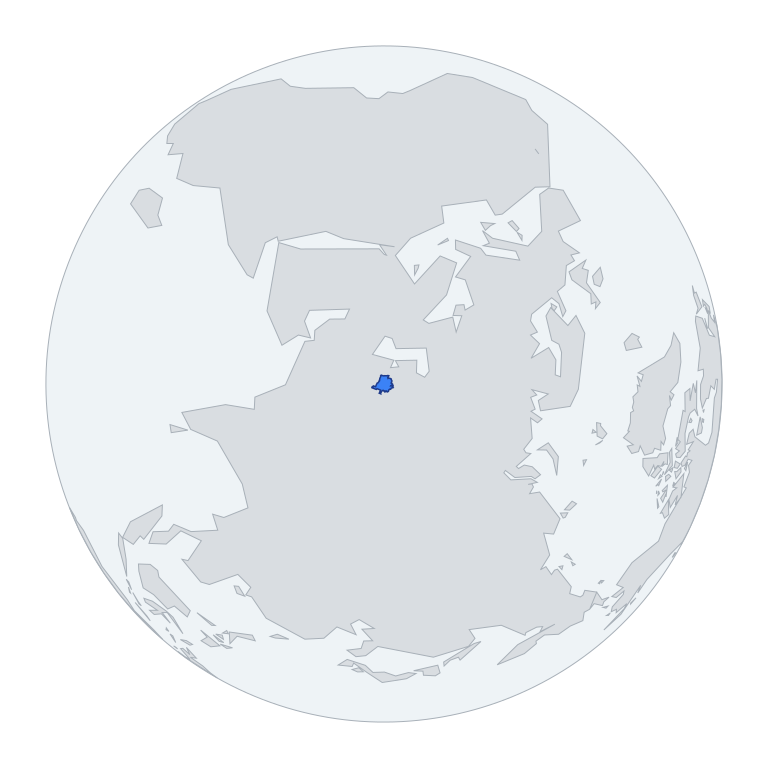 Tashauz highlighted on a globe, orthographic projection, rotated 114°
{"feature_id": "TKM-353", "entity_name": "Tashauz", "entity_type": "Province", "adm_level": 1, "iso_a3": "TKM", "parent_name": "Turkmenistan", "parent_adm1": "", "projection": "orthographic", "projection_center": [58.681, 41.132], "detail": "fine", "context": "on_globe", "style": "filled", "palette": "blue", "viewbox_px": 768, "rotation_deg": 114, "n_neighbors": 0, "source": "natural_earth", "source_scale": "10m", "svg_char_len": 13339}
<svg xmlns="http://www.w3.org/2000/svg" viewBox="0 0 768 768"><g transform="rotate(114 384 384)"><circle cx="384" cy="384" r="338" fill="#eef3f6" stroke="#a8b0b8"/><path d="M389.8,46.1L400.2,46.6L406.7,47.1L423.4,53.4L455.6,64.3L471.7,67.2L463.5,67.6L498.0,73.9L519.3,83.1L491.5,73.2L485.9,72.9L498.5,78.9L495.3,80.0L499.6,83.8L494.8,84.8L478.9,79.8L475.5,80.6L484.6,85.0L485.5,89.4L472.6,82.7L472.8,89.9L446.4,84.8L415.9,69.3L397.4,70.4L356.0,65.6L356.0,68.2L340.3,69.1L334.5,72.7L328.5,71.6L329.0,75.6L335.6,76.0L338.1,78.1L335.3,80.5L327.1,79.2L327.3,77.8L323.4,78.7L320.6,77.2L320.4,79.3L310.8,77.9L316.0,83.0L304.8,85.1L299.6,83.2L305.8,78.5L309.2,65.4L305.9,63.5L294.9,64.7L262.4,76.5L256.3,77.0L244.0,81.2L244.6,82.6L254.5,80.1L252.7,84.7L265.1,81.8L266.1,83.6L276.5,83.4L268.8,88.9L255.6,94.6L246.6,95.4L240.6,98.3L244.2,102.5L222.6,109.7L200.0,125.0L195.1,126.8L194.5,120.0L207.1,106.6L206.3,101.1L200.5,110.6L188.3,116.1L183.7,119.8L180.7,123.4L182.9,123.9L177.4,127.4L181.0,118.5L186.1,115.1L184.9,117.7L190.7,111.8L193.1,107.3L186.8,111.1L197.1,102.5L192.7,105.5L198.3,101.7L198.8,101.4L198.3,101.7L219.9,88.6L242.5,77.1L265.9,67.4L289.9,59.5L314.4,53.3L339.4,49.0L364.5,46.6L389.8,46.1ZM400.0,46.5L400.8,46.5L410.2,47.3L400.7,46.6L394.0,46.2L400.0,46.5ZM425.2,50.2L419.9,49.7L419.5,48.7L422.6,49.2L425.2,50.2ZM483.9,69.6L476.8,66.8L484.8,69.2L483.9,69.6ZM501.1,84.2L504.1,84.8L505.0,86.6L501.1,84.2ZM280.1,80.5L278.3,81.9L277.3,81.1L280.1,80.5ZM286.2,79.2L286.3,77.4L289.2,76.6L289.1,77.7L286.2,79.2ZM498.5,90.0L499.0,93.1L495.7,89.0L498.5,90.0ZM285.4,81.8L294.4,75.4L299.6,74.1L303.5,77.5L285.4,81.8ZM497.6,94.3L499.2,102.7L506.1,104.5L487.6,105.0L492.4,97.2L487.2,91.7L493.5,94.6L497.6,94.3ZM339.0,75.2L331.8,74.8L340.4,73.0L339.0,75.2ZM343.9,73.6L366.8,66.6L376.0,68.9L366.4,70.5L380.4,72.3L373.6,76.7L364.4,76.8L359.8,74.3L360.7,78.0L343.9,73.6ZM477.2,104.3L475.2,105.9L474.2,103.3L477.2,104.3ZM339.7,78.8L343.5,76.9L351.8,78.7L345.7,82.8L345.0,80.9L339.7,78.8ZM387.4,70.8L392.5,73.2L388.3,77.3L389.7,78.9L374.3,77.1L387.4,70.8ZM341.7,81.7L342.3,84.9L335.9,86.4L336.6,80.8L341.7,81.7ZM356.5,77.6L360.1,78.7L356.1,79.3L356.5,77.6ZM313.4,94.5L317.7,91.7L322.4,92.3L313.4,94.5ZM343.0,86.1L345.2,85.6L347.6,85.6L346.7,88.1L343.0,86.1ZM372.5,80.4L369.7,81.8L378.6,81.3L375.9,84.8L366.0,83.1L369.1,85.4L368.3,86.5L361.2,83.9L372.5,80.4ZM352.8,90.9L339.3,90.7L330.2,95.5L325.8,94.9L341.3,87.4L352.8,90.9ZM358.3,87.0L353.9,89.2L350.7,87.2L351.7,84.4L358.3,87.0ZM377.5,88.0L384.3,83.0L386.2,83.6L377.5,88.0ZM350.7,92.6L354.0,92.7L350.5,93.2L350.7,92.6ZM370.0,89.7L372.1,87.8L374.3,88.5L370.0,89.7ZM358.8,94.7L354.5,94.5L355.1,92.4L358.8,94.7ZM364.5,92.7L366.9,94.2L357.9,91.8L365.1,91.7L364.5,92.7ZM371.7,90.7L373.6,90.5L370.5,91.5L371.7,90.7ZM359.2,102.9L347.7,100.4L349.0,95.7L359.9,98.7L359.2,102.9ZM68.0,427.7L66.5,370.2L74.0,360.2L80.2,340.2L136.3,312.6L142.7,325.9L180.7,345.1L184.5,351.1L174.2,365.3L198.0,403.7L212.6,394.8L240.0,419.0L262.0,425.9L280.2,396.8L244.2,384.8L243.8,366.9L277.2,363.1L309.5,374.2L310.4,367.7L294.9,348.4L307.2,339.2L290.0,340.7L293.3,348.8L282.7,350.3L279.0,343.2L283.5,340.0L275.2,334.1L255.8,352.1L257.1,362.2L232.2,356.7L231.9,373.3L223.4,377.3L220.7,350.9L224.8,343.3L215.7,310.4L209.1,317.6L217.3,349.6L212.5,345.0L203.8,356.4L206.7,344.1L199.5,308.6L180.4,302.0L147.4,318.9L138.0,313.3L134.1,299.1L154.8,271.0L173.4,286.9L181.0,278.3L184.7,258.8L190.1,265.7L193.9,260.1L201.6,265.6L219.9,259.0L228.9,263.3L243.1,247.6L249.7,248.1L239.4,256.9L237.0,265.9L260.2,277.5L266.8,275.8L274.2,265.0L279.7,270.1L283.9,258.3L300.7,260.1L283.7,248.4L292.0,236.8L306.0,231.3L305.6,225.7L282.8,234.7L276.5,240.4L275.9,248.5L256.0,263.7L246.4,262.8L255.8,239.8L243.3,236.5L256.0,221.2L309.8,204.3L328.7,204.8L344.8,230.1L336.3,236.3L326.3,229.9L329.0,246.6L331.9,240.0L336.5,244.6L345.5,235.7L349.1,238.6L351.6,225.4L357.0,228.0L355.4,236.3L373.5,226.5L386.8,229.8L389.1,226.3L387.8,221.6L405.5,229.6L406.5,226.7L401.0,222.9L399.3,214.9L403.2,204.1L409.2,207.5L408.5,211.8L416.2,226.4L413.6,238.0L416.4,238.4L420.0,229.1L410.8,211.2L411.5,203.9L417.1,211.5L415.1,208.2L417.3,205.6L425.0,206.4L419.4,197.9L435.5,168.4L452.1,168.0L455.3,177.5L472.8,163.1L490.1,165.5L485.0,161.8L490.0,153.5L484.7,152.5L482.6,150.2L493.0,130.5L500.0,129.1L498.7,118.1L496.1,116.4L490.8,116.6L487.6,105.0L506.1,104.5L511.1,108.3L519.3,106.1L529.4,115.4L541.6,122.7L548.0,135.3L557.1,140.6L559.2,139.2L573.2,146.1L594.5,166.4L567.7,155.8L533.9,130.2L546.9,140.7L541.1,140.4L544.0,145.6L553.4,153.3L556.2,152.9L556.7,178.7L573.7,206.3L579.4,197.4L589.3,200.1L613.5,227.8L626.3,282.9L639.6,290.2L644.5,298.7L642.2,309.5L634.9,297.3L627.0,298.0L623.2,289.9L617.0,304.4L611.3,293.5L609.3,310.9L616.9,316.9L624.4,307.5L625.1,328.2L640.7,335.5L649.3,352.5L645.9,396.4L632.3,418.3L632.9,424.5L623.9,423.0L617.4,440.1L638.2,462.0L639.4,470.9L626.3,497.3L625.0,491.2L601.5,487.1L600.8,509.9L618.8,517.9L625.2,533.9L612.9,534.9L606.1,521.0L597.7,519.0L597.3,500.2L585.2,476.4L572.6,487.6L571.1,476.0L552.5,457.9L533.0,472.8L503.9,513.0L504.1,542.1L492.2,557.1L467.3,520.4L459.9,492.2L448.5,496.6L424.8,473.7L377.2,473.6L372.5,465.5L363.1,469.0L346.8,460.0L340.5,446.2L329.6,446.0L347.0,482.0L358.9,482.2L371.8,469.8L374.1,482.1L390.1,493.0L364.8,520.6L297.6,537.6L294.6,515.1L262.5,443.4L265.5,436.6L265.5,435.7L265.3,434.1L258.6,444.7L254.3,430.2L267.6,480.0L268.2,499.2L296.6,538.7L293.0,541.5L303.2,549.9L340.5,546.5L339.9,553.5L320.0,582.9L271.7,613.6L280.3,639.0L280.5,657.0L255.2,661.4L262.4,674.5L250.0,674.3L252.6,680.2L245.4,682.6L231.7,680.9L203.1,667.1L197.4,661.6L177.0,643.5L147.1,602.1L150.1,590.7L145.9,576.1L125.6,532.1L129.8,516.3L125.4,504.7L115.6,499.2L111.0,485.0L105.6,479.8L74.6,452.5L68.0,427.7ZM110.8,336.2L107.8,341.6L110.8,336.2ZM339.9,402.5L361.7,406.6L358.3,384.7L366.4,384.7L362.3,377.5L358.0,383.1L348.9,363.7L360.6,358.9L361.3,349.6L354.0,347.9L334.0,360.0L346.8,387.4L339.1,395.1L339.9,402.5ZM188.1,116.6L187.7,117.4L183.8,121.4L183.9,120.2L188.1,116.6ZM177.2,137.1L168.6,142.4L174.7,137.4L173.1,136.2L184.2,125.0L193.2,127.1L187.1,127.9L177.2,137.1ZM201.4,111.6L193.4,117.8L201.8,110.9L201.4,111.6ZM207.2,226.3L207.4,232.5L200.8,237.3L189.4,233.9L198.8,226.7L207.2,226.3ZM209.2,240.2L221.6,219.6L229.2,221.5L222.8,223.8L226.6,227.2L217.4,231.8L212.4,254.7L206.3,260.6L188.7,250.0L197.8,249.9L197.1,243.6L209.2,240.2ZM240.0,170.4L245.5,163.4L254.8,176.3L248.6,181.5L236.9,178.0L237.3,169.8L240.0,170.4ZM290.6,89.8L292.1,87.7L294.4,87.8L295.0,89.8L290.6,89.8ZM315.0,93.1L286.4,100.1L286.7,97.7L269.6,105.6L263.7,102.7L274.9,97.5L257.6,101.7L265.4,95.9L253.5,99.7L279.2,88.5L285.5,84.1L280.7,89.9L286.0,92.5L290.2,92.4L306.7,88.9L322.9,81.5L330.7,83.6L332.0,87.0L329.3,89.1L325.0,86.9L324.5,91.3L316.3,89.8L315.0,93.1ZM341.9,136.6L338.1,131.5L335.7,143.4L327.5,140.6L327.7,142.2L319.4,143.1L309.8,147.1L307.0,145.0L304.4,147.6L298.9,148.5L294.5,151.4L287.8,148.8L281.9,152.3L282.1,149.2L273.7,156.1L276.9,149.9L270.1,151.0L270.5,156.4L245.2,138.8L232.0,137.5L219.3,140.2L226.6,130.2L243.2,121.7L263.1,116.2L274.7,119.4L275.9,114.7L281.8,115.0L278.4,118.6L287.2,113.4L291.2,114.7L308.9,112.1L319.2,104.6L325.9,103.8L323.8,107.5L332.0,104.2L332.7,110.7L337.5,110.5L343.0,117.0L336.3,124.8L342.2,124.0L346.7,129.4L341.9,136.6ZM360.4,104.8L354.2,113.9L346.7,117.1L340.2,104.5L335.7,103.8L331.3,96.6L342.3,92.4L342.6,94.7L345.4,96.1L340.8,96.8L346.5,97.3L347.1,100.7L351.7,102.1L348.4,104.6L360.4,104.8ZM192.4,348.1L196.0,351.1L202.4,353.9L197.0,361.4L192.4,348.1ZM187.0,323.9L190.8,325.0L186.3,336.2L182.6,333.4L187.0,323.9ZM196.7,316.4L191.3,324.2L192.0,318.3L196.7,316.4ZM243.3,257.5L247.8,258.3L246.7,261.2L242.5,264.1L243.3,257.5ZM332.8,174.1L331.9,170.0L334.1,169.2L338.7,160.2L345.2,162.0L344.9,168.1L332.8,174.1ZM271.9,400.4L263.3,404.5L261.0,400.5L264.4,399.9L271.9,400.4ZM226.7,383.4L235.2,391.5L225.1,385.3L226.7,383.4ZM340.6,174.6L341.8,170.5L344.3,174.0L340.6,174.6ZM350.1,162.9L353.7,166.1L346.5,161.2L350.1,162.9ZM337.5,663.1L322.5,688.8L306.6,686.5L300.7,678.2L304.2,662.0L321.7,659.3L329.5,651.5L337.5,663.1ZM673.4,534.9L678.1,530.5L677.7,531.8L673.4,534.9ZM668.7,536.6L674.6,530.9L667.2,540.1L668.7,536.6ZM676.7,528.7L682.7,520.1L685.3,515.5L684.5,518.4L676.7,528.7ZM664.5,540.7L639.0,561.2L628.1,565.8L631.3,559.9L648.9,548.4L664.5,540.7ZM630.4,560.4L613.0,559.6L584.6,537.3L594.9,533.2L623.6,540.3L621.9,545.0L632.5,547.8L630.4,560.4ZM670.1,508.8L668.2,521.1L654.7,531.8L648.3,535.1L643.9,524.2L646.4,514.9L651.9,511.1L669.9,468.8L676.8,469.0L672.1,485.2L677.5,490.1L670.1,508.8ZM505.9,544.4L515.0,558.6L508.1,563.0L505.9,544.4ZM674.6,443.3L669.0,461.9L673.3,440.0L674.6,443.3ZM675.5,424.7L677.2,430.2L673.2,427.4L675.5,424.7ZM635.1,433.1L629.4,438.8L628.0,434.5L634.5,424.9L635.1,433.1ZM655.8,367.1L660.3,380.1L660.9,385.3L656.0,379.7L655.8,367.1ZM397.3,189.0L383.7,199.1L378.2,208.6L381.8,217.1L370.9,210.0L379.4,195.2L397.3,189.0ZM430.2,170.4L426.9,163.7L432.1,164.2L433.6,165.8L430.2,170.4ZM425.5,168.0L414.5,164.5L415.1,159.4L423.7,163.1L425.5,168.0ZM377.2,168.5L372.7,171.2L370.8,168.2L377.2,168.5ZM624.5,621.4L631.5,611.5L633.8,609.5L640.0,598.9L665.4,567.4L685.5,530.7L692.6,519.9L702.2,494.4L707.3,482.2L702.8,496.0L693.7,519.1L683.0,541.5L670.6,563.0L656.7,583.6L641.3,603.1L624.5,621.4ZM684.8,522.5L692.3,506.3L695.4,501.2L684.8,522.5ZM714.6,454.1L712.1,463.4L714.1,454.8L714.5,449.2L708.5,462.2L707.3,460.3L710.2,451.3L705.0,457.4L710.8,443.9L712.4,449.7L715.3,434.9L718.5,425.2L720.3,417.0L720.3,416.7L714.6,454.1ZM709.2,466.8L710.0,464.8L708.8,469.7L709.2,466.8ZM697.5,479.9L697.1,483.2L695.3,483.7L697.5,479.9ZM700.0,474.5L704.9,469.1L699.4,477.8L700.0,474.5ZM681.0,489.0L683.0,493.7L689.4,481.9L684.5,493.9L688.0,500.2L686.1,506.1L682.9,498.9L680.3,513.2L677.4,516.2L676.6,507.2L680.0,490.6L682.9,481.8L693.9,466.1L681.0,489.0ZM700.3,466.1L698.8,460.2L699.8,453.0L701.5,455.0L700.3,466.1ZM692.9,446.7L687.2,442.6L683.4,451.4L689.9,427.4L694.5,435.3L692.9,446.7ZM686.1,430.0L682.6,438.1L685.4,425.2L686.1,430.0ZM680.9,436.0L679.2,429.6L682.6,426.8L680.9,436.0ZM688.2,427.8L686.6,415.1L689.5,420.1L688.2,427.8ZM674.2,415.6L683.9,419.1L673.5,424.5L667.0,402.1L671.0,397.2L674.2,415.6ZM657.8,297.0L653.4,291.5L655.3,285.8L657.8,291.1L657.8,297.0ZM657.4,264.2L654.4,282.5L651.3,298.2L655.0,298.2L659.4,311.6L650.6,305.6L648.6,286.6L652.0,276.8L647.0,266.4L646.0,254.6L637.7,244.3L635.5,237.0L644.1,243.6L657.4,264.2ZM633.9,240.3L619.0,220.5L625.1,215.3L629.7,218.4L634.0,229.5L630.5,231.6L633.9,240.3ZM617.2,214.4L613.7,216.4L584.4,196.1L579.8,190.7L605.3,202.2L603.3,204.9L609.4,211.2L617.2,214.4ZM478.8,107.2L475.5,106.0L478.8,105.7L478.8,107.2ZM479.6,149.9L477.3,146.6L481.2,146.0L479.6,149.9ZM473.2,137.6L470.4,140.5L470.9,136.0L473.2,137.6ZM464.5,147.6L468.1,141.0L468.2,149.3L464.5,147.6Z" fill="#d9dde1" stroke="#a8b0b8" stroke-width="1"/><path d="M383.6,374.2L383.7,374.3L384.6,375.4L384.9,375.7L385.2,375.8L385.4,375.8L385.6,375.8L385.8,375.7L386.0,375.8L386.3,376.1L386.4,376.3L386.5,376.7L386.5,376.8L386.9,376.9L387.0,377.0L387.3,377.2L387.5,377.2L388.4,377.0L388.8,377.1L389.0,377.0L389.3,377.2L389.4,377.4L389.6,377.5L389.8,377.6L389.9,377.8L389.7,378.0L389.7,378.3L389.7,378.5L389.8,378.8L389.5,378.9L389.4,378.9L389.4,379.0L389.5,379.2L390.2,379.3L390.3,379.4L390.4,379.6L390.5,379.6L390.7,379.8L390.8,379.9L390.9,380.0L390.7,380.2L390.4,380.0L390.2,380.0L390.0,380.3L390.1,380.5L390.2,380.8L390.5,381.2L390.5,381.3L390.3,381.4L390.2,381.5L390.1,382.2L390.1,382.3L390.3,382.4L390.7,382.7L391.2,382.9L391.4,383.1L391.7,383.3L391.8,383.4L392.0,383.4L392.8,383.2L393.7,383.2L394.0,383.2L394.2,383.5L394.2,383.4L394.3,383.3L394.3,384.4L394.3,384.5L394.2,384.6L391.0,384.7L391.1,388.5L392.0,388.7L392.1,388.8L392.2,390.6L392.3,392.5L392.3,393.6L391.8,393.7L391.6,393.7L391.5,393.4L391.4,393.4L391.4,393.2L391.3,392.9L391.2,392.8L390.9,392.9L390.7,392.8L390.6,393.0L390.4,393.1L390.0,392.8L390.0,392.7L390.0,390.7L389.9,390.6L387.4,390.7L386.3,390.6L385.9,390.6L385.7,390.4L385.4,390.0L383.6,389.6L383.4,389.5L383.1,389.4L382.7,389.4L382.6,389.5L382.5,389.8L382.0,389.7L380.9,390.0L380.4,390.1L378.6,390.0L378.3,390.1L378.2,390.2L378.0,390.4L377.7,390.4L377.4,390.3L377.4,390.2L377.2,390.2L377.1,389.8L376.9,389.7L377.0,389.0L377.0,388.8L376.8,388.3L376.7,387.5L376.6,387.3L376.3,387.0L376.2,386.9L376.1,386.7L376.0,386.4L375.5,385.1L375.4,384.9L375.2,384.7L375.0,384.4L375.0,384.2L374.9,384.2L374.7,384.0L374.6,383.6L374.5,383.3L374.5,383.1L374.5,382.9L375.6,383.0L376.1,383.1L376.6,383.2L376.8,382.9L377.1,382.7L377.3,382.6L377.2,382.5L377.0,382.4L376.9,382.4L376.7,382.1L376.6,381.8L376.6,381.6L376.6,381.4L376.5,381.1L376.4,380.9L376.4,380.7L376.5,380.5L376.5,380.3L376.4,379.8L376.4,379.6L376.5,379.4L377.0,379.2L377.3,378.9L377.5,378.4L377.9,378.1L378.3,377.9L378.7,377.9L379.4,378.0L379.6,377.9L379.8,377.8L380.2,377.8L380.3,377.8L380.4,377.7L380.3,377.4L380.5,377.4L380.7,376.9L380.8,376.8L380.8,376.7L380.7,376.5L380.6,376.3L380.8,376.2L381.0,376.0L381.1,375.9L381.3,375.9L381.4,376.0L381.5,376.2L381.8,376.1L382.0,376.1L382.4,376.3L382.6,376.4L382.7,376.6L382.8,376.8L382.7,376.9L382.7,377.0L382.8,377.2L383.1,377.2L382.9,376.8L382.6,376.2L382.4,375.8L382.2,375.6L381.7,375.4L381.6,375.2L381.9,375.0L382.1,374.8L382.3,374.8L382.7,375.0L383.0,375.1L383.4,375.0L383.5,374.9L383.5,374.4L383.6,374.2Z" fill="#3b82f6" stroke="#1e3a8a" stroke-width="1.5"/></g></svg>